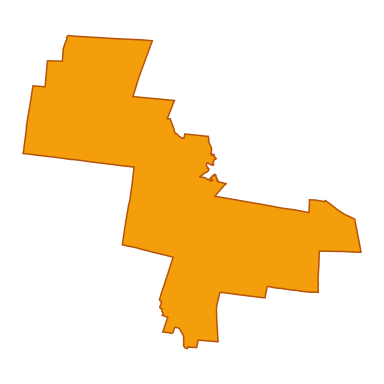 outline of Slobozia Conachi, Galati, Romania
{"feature_id": "2599482B12346705763441", "entity_name": "Slobozia Conachi", "entity_type": "district", "adm_level": 2, "iso_a3": "ROU", "parent_name": "Romania", "parent_adm1": "Galati", "projection": "natural_earth1", "projection_center": [27.785, 45.578], "detail": "fine", "context": "isolated", "style": "filled", "palette": "amber", "viewbox_px": 384, "rotation_deg": 0, "n_neighbors": 0, "source": "geoboundaries", "source_scale": "gbopen_adm2", "svg_char_len": 5967}
<svg xmlns="http://www.w3.org/2000/svg" viewBox="0 0 384 384"><path d="M312.1,292.3L314.8,292.1L316.6,292.2L318.3,292.4L318.1,289.2L318.1,288.1L318.1,287.0L318.1,286.6L318.2,285.8L318.4,284.9L318.2,283.5L318.1,282.0L318.1,280.6L318.1,278.7L318.1,277.0L318.2,276.0L318.3,274.4L318.5,270.9L318.9,264.1L318.9,262.1L318.9,261.2L319.1,258.2L319.2,256.7L319.2,255.9L319.2,254.9L319.2,251.2L319.4,251.1L319.8,251.0L321.1,251.1L322.7,251.2L322.9,251.2L326.2,251.2L339.3,251.5L341.2,251.4L344.4,251.5L348.0,251.8L350.1,251.9L351.1,251.9L357.9,252.2L360.3,252.3L361.0,252.2L360.5,249.7L360.0,246.7L359.7,244.9L359.5,243.7L358.9,240.6L358.4,238.4L358.1,237.0L357.8,235.2L357.5,233.8L357.4,232.8L354.9,220.4L354.9,219.6L354.8,219.2L352.8,218.2L348.3,216.0L346.7,215.3L344.9,214.5L344.4,214.2L341.0,212.0L339.5,211.1L336.6,209.1L334.4,207.2L332.6,205.8L329.9,203.8L329.5,203.4L326.9,201.7L325.5,200.5L325.0,200.8L324.9,200.9L324.5,201.6L320.2,200.8L317.0,200.3L316.8,200.3L316.6,200.2L315.0,200.0L312.2,199.9L309.5,199.8L309.4,200.9L309.4,201.9L309.4,202.6L309.4,203.8L309.4,204.3L309.3,205.1L309.1,207.2L309.1,208.6L309.1,209.3L309.0,211.2L308.9,212.6L308.5,212.6L306.7,212.2L303.4,211.5L299.7,210.8L294.2,209.7L289.7,209.2L281.8,208.1L274.0,206.6L271.0,206.0L268.9,205.7L260.8,204.1L254.4,203.1L250.4,202.4L247.6,201.9L246.1,201.6L244.7,201.4L242.0,200.9L239.1,200.5L237.3,200.1L235.2,199.7L232.9,199.4L226.9,198.2L225.4,198.1L224.1,197.9L221.9,197.4L220.2,197.2L216.6,196.5L215.0,196.2L215.5,195.4L218.2,192.3L223.6,186.2L224.7,184.9L225.3,184.3L225.7,184.0L226.3,183.8L226.9,183.8L226.5,183.7L225.8,183.6L223.8,183.1L222.2,182.8L222.2,182.7L221.5,182.5L218.7,181.8L218.6,182.3L218.6,182.1L217.9,180.5L217.8,181.1L217.6,181.4L217.0,180.8L217.4,180.3L217.0,179.0L216.4,177.6L215.6,175.5L215.8,175.3L215.9,175.2L215.5,174.8L214.9,174.4L214.1,175.2L214.4,175.4L214.1,175.7L213.4,175.1L211.9,176.6L211.4,177.1L211.2,177.5L210.6,177.9L211.6,178.7L211.1,179.1L212.5,180.3L211.7,180.8L211.5,180.6L210.7,181.1L210.2,180.5L209.8,179.9L209.5,179.5L209.3,179.2L208.9,179.4L208.6,179.5L208.4,179.7L207.9,179.8L207.7,179.5L207.5,179.4L207.1,179.1L206.6,178.6L206.2,178.3L205.7,178.1L204.5,177.5L204.2,177.4L204.0,177.5L203.7,177.5L201.6,177.2L199.8,176.8L199.8,176.5L200.5,176.4L200.9,176.1L202.3,175.0L203.5,174.0L204.1,173.5L204.7,173.2L205.8,172.6L206.9,172.0L207.7,171.6L207.8,171.5L208.0,171.2L208.2,170.7L208.4,170.5L208.6,170.1L208.8,169.5L208.8,168.8L208.7,168.6L208.2,168.1L207.9,168.1L208.0,168.0L207.6,167.5L207.1,167.1L206.8,166.6L206.6,166.1L206.5,165.4L206.5,164.2L206.6,163.9L206.7,163.3L207.3,162.9L207.6,162.9L208.1,163.1L208.9,163.7L209.2,163.8L209.4,163.9L210.3,164.2L210.8,164.6L211.1,164.9L211.6,165.2L212.2,165.1L212.6,165.1L212.8,165.1L213.1,165.1L213.3,165.0L213.5,164.9L213.7,164.6L213.7,164.4L213.7,164.2L213.3,163.8L212.8,163.5L212.7,163.3L213.7,161.1L213.8,160.1L214.0,159.9L214.6,159.7L215.1,159.5L215.8,159.1L216.0,158.8L216.2,158.5L216.1,158.3L215.4,157.6L215.2,157.2L214.3,157.0L214.1,154.7L212.0,155.3L211.6,155.2L212.2,154.0L210.6,153.6L211.0,152.9L211.5,150.5L211.6,149.2L211.5,148.4L211.1,147.1L210.4,145.5L209.7,144.1L208.4,141.5L208.9,140.9L208.4,136.4L184.8,134.0L183.9,138.4L182.7,138.2L181.8,137.8L180.2,137.0L178.7,135.9L177.0,133.9L175.9,133.4L175.2,133.6L173.8,128.8L173.3,127.0L170.1,118.8L167.3,118.6L174.4,100.5L133.0,96.6L138.9,77.3L152.3,40.8L142.6,39.9L116.6,38.7L90.2,37.1L76.5,36.3L68.0,35.5L67.2,36.4L66.7,37.4L66.6,38.3L66.9,39.5L66.7,40.2L66.0,40.8L64.7,44.4L63.2,48.9L62.4,61.2L49.1,60.8L47.4,60.9L45.1,86.8L33.0,85.8L32.1,91.2L29.7,106.7L29.0,110.4L26.6,125.0L26.4,128.4L24.8,141.7L24.2,145.6L23.8,149.6L23.3,152.1L23.0,153.4L23.4,153.4L23.9,153.6L26.2,153.8L28.6,154.1L33.4,154.7L35.8,155.1L36.2,155.1L41.3,155.7L42.0,155.8L43.7,156.0L45.3,156.1L46.3,156.3L50.7,156.8L55.4,157.3L59.9,157.9L71.8,159.6L73.9,159.6L76.2,159.9L81.1,160.5L94.5,162.4L99.8,163.0L101.7,163.2L105.4,163.6L107.8,164.0L112.7,164.5L116.7,165.1L119.7,165.5L123.9,166.0L126.6,166.3L127.9,166.3L129.3,166.5L130.7,166.8L132.2,166.9L133.1,166.9L134.0,167.0L132.4,181.8L132.2,183.3L131.8,186.7L131.2,190.0L130.7,193.7L130.4,196.0L130.1,199.1L129.6,201.4L129.0,203.6L128.7,204.5L128.0,208.9L126.2,218.9L122.3,244.8L127.5,246.0L133.4,247.1L136.7,247.9L137.5,248.1L139.0,248.6L140.3,249.0L144.3,250.0L148.3,251.0L150.0,251.4L151.9,252.0L159.1,253.7L163.6,254.8L165.2,255.0L166.3,255.4L167.5,255.8L173.1,257.1L172.2,260.1L170.7,264.6L170.2,266.2L169.9,267.1L169.4,268.7L169.3,269.1L169.1,270.4L168.6,271.1L168.0,273.3L166.0,279.0L165.1,282.0L164.5,283.8L164.0,285.4L160.9,294.6L160.1,297.6L159.8,298.3L159.6,298.7L159.5,299.2L159.5,299.5L159.6,299.9L159.9,300.5L160.6,301.2L161.2,301.6L161.5,301.7L161.6,301.9L161.5,302.2L161.1,303.3L161.0,303.9L161.0,304.3L161.0,304.5L160.9,304.8L160.8,305.1L160.6,305.4L160.4,305.6L160.1,306.0L159.9,306.2L159.9,306.3L159.8,306.6L159.8,306.8L160.1,307.5L160.4,308.2L160.5,308.3L160.4,308.5L162.3,309.2L161.8,310.8L162.3,311.7L162.5,312.0L163.1,313.0L162.8,314.0L162.2,315.4L166.9,316.9L167.8,317.2L166.0,322.3L165.7,323.5L163.8,329.0L163.7,329.5L163.3,330.6L162.8,332.1L163.1,332.1L163.5,332.0L163.9,332.0L165.2,332.2L165.9,332.4L168.5,332.7L169.4,332.9L171.5,333.5L173.3,332.2L173.7,330.2L174.4,328.3L174.7,327.6L175.3,327.4L176.0,327.5L176.9,327.6L177.4,327.8L177.9,327.8L178.6,328.1L179.5,328.8L179.7,329.0L180.4,330.4L183.5,335.8L183.7,339.8L183.7,343.3L183.6,345.7L183.9,346.3L184.2,346.8L184.6,347.3L185.4,348.0L187.5,348.5L187.7,347.1L196.6,347.6L198.2,340.1L218.0,341.8L217.5,331.9L216.9,322.2L216.5,312.1L216.5,306.8L219.9,292.4L222.4,292.5L240.2,294.9L250.7,296.2L265.0,297.9L265.7,294.0L267.2,287.0L267.3,286.7L267.6,286.5L268.0,286.5L269.3,286.7L271.7,287.2L272.4,287.4L275.0,287.8L277.8,288.2L278.2,288.2L281.7,288.4L284.0,288.9L286.3,289.2L286.9,289.3L291.8,290.1L294.0,290.2L297.2,290.5L299.0,290.9L300.6,291.2L302.7,291.4L306.1,291.8L310.9,292.2L312.1,292.3Z" fill="#f59e0b" stroke="#b45309" stroke-width="1.5"/></svg>